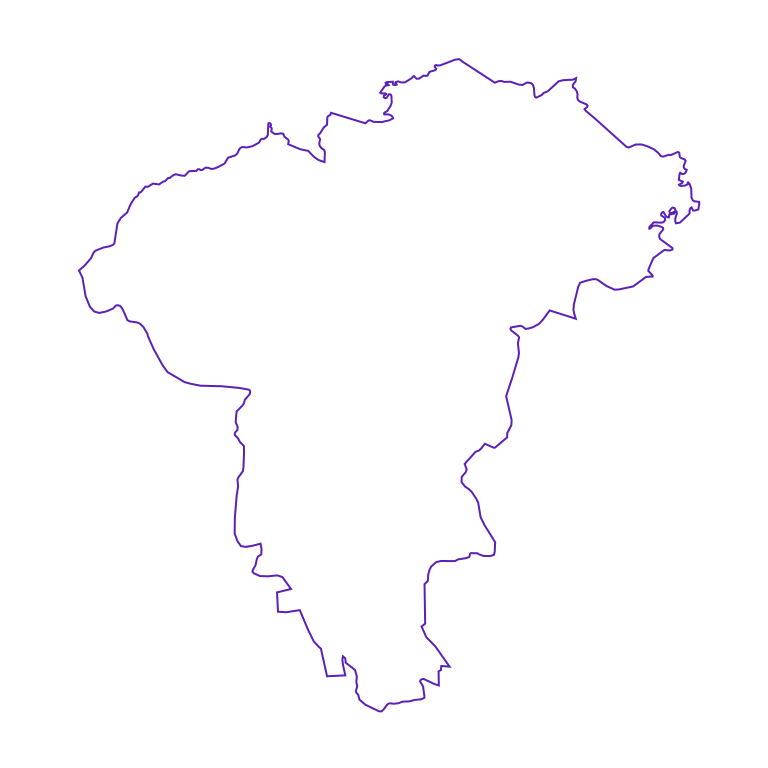 Krong Pac, Đắk Lắk, Vietnam, rotated 272°
{"feature_id": "81297802B85821133415944", "entity_name": "Krong Pac", "entity_type": "district", "adm_level": 2, "iso_a3": "VNM", "parent_name": "Vietnam", "parent_adm1": "Đắk Lắk", "projection": "robinson", "projection_center": [108.37, 12.687], "detail": "fine", "context": "isolated", "style": "outline", "palette": "violet", "viewbox_px": 768, "rotation_deg": 272, "n_neighbors": 0, "source": "geoboundaries", "source_scale": "gbopen_adm2", "svg_char_len": 6122}
<svg xmlns="http://www.w3.org/2000/svg" viewBox="0 0 768 768"><g transform="rotate(272 384 384)"><path d="M229.3,240.0L221.9,243.0L217.0,246.7L216.4,251.5L217.6,257.7L220.1,266.2L214.5,267.4L209.4,267.3L207.1,264.0L204.4,263.0L198.3,261.9L193.2,259.2L191.6,259.2L190.3,260.5L187.7,266.8L187.8,275.2L189.0,284.1L187.5,289.2L175.9,298.2L172.0,284.4L152.7,286.0L152.5,294.4L155.1,307.7L136.1,316.5L124.3,322.8L119.1,327.9L117.3,330.2L89.9,337.3L91.5,355.5L101.9,352.8L107.3,352.0L110.4,352.5L108.4,354.9L104.2,355.4L97.2,365.0L90.7,367.1L85.3,366.7L81.1,367.8L75.8,366.6L74.3,367.3L72.7,369.0L67.7,370.5L62.8,376.6L56.7,390.5L56.8,393.0L58.5,394.8L63.8,398.5L64.8,399.9L65.1,401.2L64.8,404.8L65.4,409.3L67.2,413.7L67.7,420.3L69.3,425.7L70.2,432.1L71.6,435.0L72.6,435.4L83.1,433.6L87.9,430.5L89.1,430.7L90.3,432.1L90.6,434.0L86.1,444.4L84.6,449.3L98.7,448.6L100.1,450.9L104.2,451.1L103.8,459.4L123.5,444.5L132.5,435.1L143.0,430.0L145.9,433.5L185.4,431.5L188.6,434.6L195.3,434.9L200.3,436.1L203.4,437.7L207.8,442.4L209.1,447.0L209.5,461.2L211.3,464.1L212.8,472.0L214.1,475.3L217.1,475.9L218.0,476.6L218.1,483.2L217.0,485.1L215.6,489.7L215.7,496.0L217.2,499.9L220.5,500.5L229.8,500.6L246.6,489.3L254.2,485.2L268.5,482.3L272.4,480.3L279.1,475.5L282.1,472.2L284.3,468.6L288.5,465.0L293.8,464.9L298.8,468.8L301.7,469.6L306.9,467.4L319.5,477.9L320.8,481.2L322.7,483.2L327.8,486.9L324.2,495.8L324.3,497.2L334.9,508.9L339.2,508.9L347.3,512.7L352.5,512.8L376.1,506.5L394.9,512.0L415.6,517.4L419.6,517.8L429.5,516.4L435.2,517.4L436.8,516.4L442.0,509.3L443.6,508.4L445.0,509.0L446.9,518.2L446.2,520.6L444.0,523.4L444.5,526.4L445.9,530.7L449.3,536.5L453.6,540.4L463.3,547.0L455.9,573.4L461.4,571.5L465.0,570.7L470.2,571.0L487.9,574.7L492.0,576.5L494.1,582.0L496.0,588.9L496.1,592.1L495.6,593.9L489.7,602.9L486.3,611.2L486.7,615.4L490.2,629.6L500.2,642.2L500.8,648.7L501.7,648.7L506.3,644.2L508.1,644.4L519.2,648.8L527.7,659.4L527.4,664.7L528.4,667.6L529.9,667.6L538.4,655.0L540.2,654.0L543.3,654.0L548.3,657.7L549.7,657.4L550.7,655.9L551.9,651.5L551.5,647.3L548.5,644.4L548.5,643.7L550.0,643.7L555.0,647.9L554.9,655.7L555.6,657.8L557.7,659.3L559.8,658.9L562.1,655.2L563.8,655.1L565.2,656.0L565.7,657.2L561.6,659.9L560.4,661.8L560.4,662.9L563.2,663.1L564.4,668.0L565.4,668.6L566.2,668.2L564.7,664.8L565.4,663.5L566.6,663.2L568.8,664.5L570.4,666.2L569.9,668.3L567.7,669.2L566.3,670.5L564.3,670.7L559.6,669.3L556.9,669.4L554.8,670.1L555.6,674.1L565.0,683.4L568.5,683.3L570.4,684.1L571.2,685.2L568.3,686.7L568.1,688.4L569.4,692.0L574.8,692.8L577.0,692.6L577.4,687.9L578.2,686.3L581.1,684.8L590.2,684.2L594.6,682.4L596.1,680.9L595.9,680.5L594.1,680.5L592.8,677.8L592.3,674.1L592.8,672.2L593.4,671.8L595.5,675.2L596.7,675.6L598.2,671.5L604.5,672.1L605.4,672.6L604.3,674.5L604.3,676.0L605.6,677.9L608.5,679.1L609.5,677.0L610.7,676.1L612.4,675.9L617.5,677.7L619.1,676.4L619.9,673.6L621.1,671.7L625.5,671.0L626.2,669.7L622.8,662.7L623.0,660.7L621.0,655.0L621.4,652.7L624.2,650.4L627.8,645.8L630.9,638.6L632.4,632.8L632.1,627.1L628.9,620.4L629.5,618.0L656.9,585.3L663.9,576.3L665.7,574.8L668.0,577.4L669.4,577.8L670.5,576.6L673.1,569.8L674.6,568.0L676.6,567.2L680.4,567.3L683.1,566.5L685.9,564.5L687.1,562.5L689.5,562.2L693.1,564.9L696.4,565.3L694.7,562.1L693.9,552.5L692.6,548.0L682.3,537.5L680.4,533.3L678.3,531.6L675.5,526.1L676.3,524.9L677.8,524.3L685.2,523.5L688.4,522.3L689.9,520.3L690.3,516.5L687.7,512.0L688.0,508.0L690.5,499.8L690.1,493.7L690.9,491.0L690.7,488.2L689.0,484.2L708.9,451.2L711.3,447.9L710.6,443.7L704.5,429.3L704.1,426.4L704.7,425.1L703.9,423.8L702.8,423.6L700.7,425.2L699.5,424.4L697.5,418.5L693.8,416.8L693.3,415.2L693.7,412.9L690.4,408.4L690.2,406.2L691.1,404.8L692.6,403.6L692.7,402.8L690.5,400.8L686.3,394.6L685.9,391.1L686.9,387.5L686.3,385.5L685.7,384.8L685.0,384.8L684.5,385.8L683.6,386.2L683.2,384.6L683.4,382.8L684.3,382.3L686.4,382.3L685.8,376.2L685.1,375.1L684.1,375.3L683.7,377.6L682.9,378.2L682.3,375.6L681.3,374.1L675.0,370.0L674.3,370.9L674.5,374.9L674.1,376.1L673.5,375.9L672.2,373.9L670.7,373.7L669.9,374.6L669.7,375.6L670.4,376.9L673.6,378.7L673.8,379.7L673.3,380.8L671.9,381.4L665.4,381.9L661.9,380.7L656.8,377.7L655.4,375.2L654.6,374.6L653.4,374.9L653.6,379.2L652.6,381.7L651.4,383.1L649.8,383.8L647.7,380.1L645.7,372.5L645.6,364.5L647.0,361.0L646.9,359.4L643.9,356.3L653.2,321.5L650.9,320.9L650.1,319.2L648.7,318.1L641.1,318.0L638.2,314.8L632.5,311.5L630.4,309.6L629.2,309.6L626.5,311.6L622.1,310.9L620.0,311.3L617.6,313.1L615.7,316.2L613.5,316.8L603.7,316.8L605.6,310.6L608.9,305.7L614.3,300.2L615.7,292.1L620.3,279.9L623.5,280.3L624.8,279.8L627.6,275.9L630.5,274.6L630.9,272.4L630.1,268.3L630.1,265.9L632.4,262.5L635.1,262.9L636.0,262.6L637.2,261.2L638.6,262.1L639.4,261.9L640.4,261.3L640.9,260.0L640.5,259.4L639.2,259.3L628.9,259.2L626.7,258.2L624.8,255.5L624.7,253.3L624.0,252.3L620.9,250.7L617.1,244.3L615.6,238.7L615.9,234.1L614.9,232.3L613.5,231.1L609.6,229.5L608.3,228.5L607.2,227.2L604.7,220.2L598.8,217.0L595.1,210.8L593.2,206.4L592.9,203.8L593.9,201.0L594.0,198.1L591.6,194.9L591.3,193.6L592.2,191.7L592.1,190.4L590.4,189.1L590.0,182.5L589.6,181.6L585.1,177.5L585.3,173.7L586.4,168.5L584.6,165.1L582.4,162.7L582.3,161.0L579.2,158.3L578.5,156.2L575.6,152.2L576.2,146.1L572.9,141.2L572.9,138.6L568.3,135.2L567.0,133.9L566.9,132.5L564.4,131.8L563.0,130.8L561.4,128.3L554.4,124.3L546.4,121.3L540.8,115.2L535.1,112.0L515.2,109.6L513.7,108.4L512.0,104.8L510.6,98.8L507.1,90.9L505.2,89.2L499.5,86.8L491.7,80.5L486.8,75.2L479.8,78.9L461.0,82.8L450.8,87.5L446.3,91.9L445.1,96.9L446.7,103.6L449.9,110.5L453.2,113.6L453.4,115.6L452.7,117.8L449.6,120.2L438.9,125.3L437.7,127.7L436.9,135.2L435.8,138.0L432.5,141.6L426.0,145.8L423.5,146.4L410.8,152.6L394.5,162.4L388.3,167.3L378.9,184.7L377.4,191.2L375.9,200.9L376.1,221.9L375.0,239.8L373.6,249.3L372.3,250.5L369.4,250.3L363.4,245.5L359.9,244.7L357.6,243.4L351.5,237.7L349.2,237.5L340.9,237.1L335.7,239.3L332.8,239.0L330.3,236.8L329.0,236.6L327.6,236.9L324.4,240.2L321.3,241.8L317.1,246.2L309.9,246.5L296.5,246.5L291.9,246.0L285.6,241.7L283.1,240.9L276.6,241.8L268.0,240.7L244.9,239.6L229.3,240.0Z" fill="none" stroke="#5b21b6" stroke-width="2"/></g></svg>